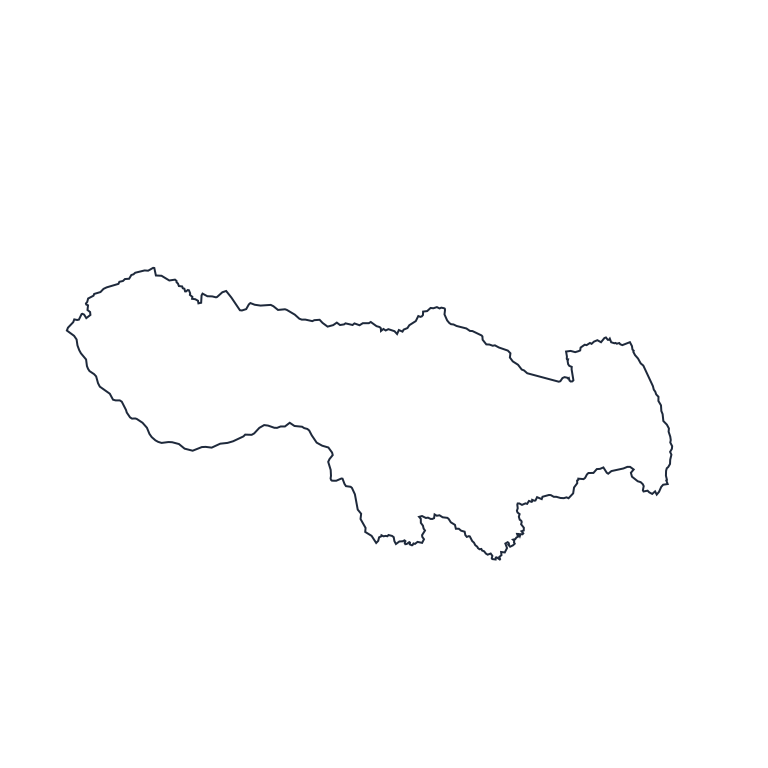 the district of Pauna, Boyacá, Colombia, rotated 310°
{"feature_id": "7082276B32688879052620", "entity_name": "Pauna", "entity_type": "district", "adm_level": 2, "iso_a3": "COL", "parent_name": "Colombia", "parent_adm1": "Boyacá", "projection": "robinson", "projection_center": [-73.985, 5.693], "detail": "fine", "context": "isolated", "style": "outline", "palette": "slate", "viewbox_px": 768, "rotation_deg": 310, "n_neighbors": 0, "source": "geoboundaries", "source_scale": "gbopen_adm2", "svg_char_len": 6166}
<svg xmlns="http://www.w3.org/2000/svg" viewBox="0 0 768 768"><g transform="rotate(310 384 384)"><path d="M519.4,646.2L521.6,644.7L523.2,640.9L525.4,639.7L527.7,637.1L530.4,632.7L533.1,630.8L534.7,626.8L535.2,621.8L540.0,616.8L541.6,613.8L545.7,609.9L547.4,605.1L550.6,602.5L551.0,599.2L552.5,596.7L553.1,594.3L555.2,591.4L564.8,570.8L564.8,567.4L566.8,562.2L567.5,557.7L568.9,554.3L570.0,553.9L570.1,552.2L572.4,549.6L574.1,545.5L567.0,541.6L566.3,539.5L566.6,537.9L564.5,536.4L564.3,535.0L563.3,534.3L562.0,531.2L563.9,527.8L562.4,527.9L561.7,527.0L562.3,524.1L560.9,523.3L555.5,523.4L554.7,519.3L551.4,517.6L548.2,517.2L547.8,515.4L544.0,514.2L543.1,512.5L538.3,511.2L535.8,512.7L534.2,511.9L531.3,510.0L529.3,505.7L525.9,502.6L522.7,506.4L520.8,507.8L520.5,508.4L521.2,509.2L519.5,510.0L517.5,512.4L517.0,514.3L517.8,516.8L515.9,518.2L508.6,526.7L507.1,526.6L505.9,525.4L505.9,523.9L507.4,521.7L506.5,521.4L506.6,520.3L505.3,517.9L503.3,516.9L499.5,517.3L498.1,516.4L484.3,486.8L484.4,482.5L483.6,480.2L484.9,474.3L484.1,468.1L485.2,463.4L488.8,461.1L489.2,457.4L485.8,448.5L484.9,444.1L483.2,442.7L482.0,439.4L480.1,436.9L481.3,431.1L483.7,428.8L483.9,427.5L481.4,417.7L479.9,415.7L479.5,411.4L475.1,402.3L474.3,399.0L472.9,396.9L472.7,394.8L473.3,391.5L476.2,385.6L480.0,383.1L480.8,382.1L480.6,381.2L479.3,378.8L477.6,378.0L476.9,375.1L473.7,373.1L472.2,370.8L467.6,370.2L464.6,367.4L461.9,369.5L460.1,369.5L458.8,368.7L458.1,366.6L452.6,367.9L445.3,365.6L441.9,366.0L438.3,364.1L436.0,364.5L434.9,360.7L430.7,361.9L431.2,358.1L428.8,352.1L426.1,350.9L425.8,348.2L422.7,347.6L424.7,345.7L424.8,344.0L423.5,341.1L423.0,334.0L420.8,333.3L417.0,328.7L413.3,327.5L411.4,322.4L409.0,322.0L405.7,315.5L404.0,315.1L400.9,312.4L400.7,308.4L396.4,307.2L391.7,303.9L391.3,297.7L391.8,293.4L388.1,289.6L386.1,288.7L382.8,282.4L380.5,279.7L379.6,277.2L379.8,271.1L378.3,261.9L377.6,260.1L372.6,255.2L372.5,249.3L371.8,246.4L364.7,239.0L361.6,234.0L360.1,229.6L358.1,229.3L352.8,230.3L349.0,227.9L347.9,226.2L352.1,211.6L353.8,203.3L350.4,201.2L343.4,200.2L342.4,199.6L340.7,196.1L337.7,192.3L336.6,186.9L334.6,187.3L328.7,191.7L326.5,190.0L328.2,188.0L327.6,184.9L325.9,182.2L327.6,181.2L327.5,178.0L328.9,177.2L330.4,174.3L329.9,173.3L327.6,172.8L327.1,172.1L328.7,169.8L328.0,168.3L329.0,166.7L327.2,163.9L328.5,161.6L328.6,159.7L329.6,158.8L329.6,156.8L325.3,153.0L323.9,144.0L320.5,139.5L325.2,133.5L324.6,132.5L319.2,130.5L317.1,127.6L309.3,121.9L307.0,121.6L305.1,120.4L300.8,121.1L297.9,118.1L295.1,117.8L292.2,115.6L290.0,116.2L279.7,109.4L276.6,108.0L272.2,107.7L266.7,104.1L264.9,104.7L259.3,102.4L256.1,103.9L254.1,103.9L253.5,104.8L254.0,106.7L250.1,109.3L250.2,112.6L248.2,114.7L243.1,113.6L244.4,109.7L243.9,107.8L243.2,107.4L237.2,108.9L235.8,107.8L234.4,105.2L231.6,106.2L224.0,105.7L221.1,106.7L221.7,115.6L220.5,119.9L216.5,124.4L214.0,128.8L212.7,132.1L211.3,140.0L206.8,144.9L205.4,147.5L204.6,150.1L205.2,155.6L204.8,158.6L200.8,164.4L199.3,168.0L200.3,180.2L197.8,186.5L198.9,188.9L201.6,192.1L201.9,194.5L198.3,203.0L196.8,205.3L195.2,210.9L195.5,213.2L197.7,215.6L198.3,217.0L199.1,223.9L198.1,230.5L195.0,236.4L194.0,240.2L193.9,245.1L194.5,248.2L195.9,251.5L201.0,256.2L203.2,259.1L206.2,265.5L206.3,272.8L209.9,280.3L218.6,285.0L221.2,287.8L224.5,292.9L233.0,296.9L238.3,302.0L243.1,305.2L253.5,310.0L256.0,310.2L260.0,315.3L262.7,316.3L270.3,316.7L275.5,318.6L277.6,321.9L280.0,328.2L281.7,330.3L285.0,332.1L287.8,335.4L293.7,336.7L294.3,342.4L298.6,348.7L298.9,351.2L300.3,354.2L300.3,356.6L298.2,361.7L295.8,370.1L297.0,376.3L299.6,382.2L298.1,388.3L296.6,390.4L291.5,390.5L288.5,391.3L283.9,398.4L279.6,402.4L277.3,403.8L276.5,405.1L276.5,406.3L279.2,409.6L284.2,412.1L284.8,413.1L282.1,417.9L281.3,420.5L283.8,424.5L283.8,426.2L280.8,432.6L270.9,444.6L269.9,449.9L265.5,452.8L261.9,462.4L258.6,464.7L259.7,472.1L257.2,480.2L260.1,480.4L263.4,478.8L265.6,479.8L266.5,479.3L267.0,481.5L268.7,482.9L269.6,484.5L271.2,484.5L272.8,487.8L272.9,489.9L270.3,493.0L269.1,496.0L273.3,497.0L275.4,499.3L277.4,500.2L277.4,501.4L275.5,502.0L275.0,503.3L276.0,504.2L279.1,505.0L279.2,505.8L277.7,506.8L278.3,508.9L278.8,509.4L280.8,509.1L281.4,510.5L284.6,511.2L286.8,515.3L290.8,514.4L291.5,511.6L292.7,510.3L298.1,509.6L298.7,507.3L300.5,504.9L301.3,501.5L304.4,498.8L304.8,496.3L307.3,498.0L308.3,502.2L309.9,503.6L310.6,506.4L311.6,507.7L313.4,508.6L316.6,506.6L317.0,509.1L319.1,510.9L319.6,514.6L322.2,518.6L322.2,520.3L321.0,524.1L321.7,528.9L319.3,532.1L321.2,534.3L321.2,537.4L322.7,540.7L320.5,543.5L320.1,545.7L322.0,546.8L322.4,547.7L320.4,552.5L320.3,554.9L319.2,557.5L319.3,560.0L318.7,561.4L318.8,563.4L320.2,564.6L319.5,566.2L320.2,568.2L319.6,571.1L319.9,573.1L322.7,574.7L322.0,577.5L319.8,578.5L319.5,579.5L321.3,582.3L322.9,581.2L323.6,581.7L324.0,585.5L324.5,585.5L325.6,583.5L328.4,584.0L330.6,581.7L332.6,584.8L337.4,583.7L339.8,579.5L342.3,580.4L342.4,581.5L341.7,582.7L340.8,582.5L340.4,585.2L343.3,586.5L345.7,586.8L346.3,585.3L347.6,584.6L347.7,582.9L349.6,584.3L351.4,584.1L353.2,584.8L354.7,582.3L355.7,583.6L354.7,585.9L356.7,585.1L357.9,586.7L359.1,586.7L359.6,584.0L361.6,585.2L363.8,583.5L364.7,579.2L366.8,578.2L367.5,577.0L367.3,575.2L369.0,572.6L371.5,571.5L371.4,568.9L372.3,567.3L374.8,566.3L377.2,563.7L378.4,563.2L379.5,564.5L380.1,567.4L383.5,569.1L384.2,570.7L387.6,570.2L388.5,572.7L389.1,573.0L390.5,572.0L391.2,574.1L392.1,574.9L395.7,574.0L397.2,578.8L399.5,577.9L405.0,581.7L406.1,583.2L406.7,586.5L408.4,588.6L410.1,592.4L412.1,595.1L414.5,596.7L415.1,598.8L421.8,599.2L426.9,596.1L432.2,595.8L434.2,594.0L435.5,594.4L436.4,593.7L439.4,598.0L441.4,598.4L445.1,597.6L447.2,597.8L450.5,601.6L455.6,601.7L457.8,604.0L461.1,605.7L459.2,611.7L459.4,613.4L463.5,614.2L473.2,621.7L477.0,623.7L478.7,625.8L479.0,630.2L474.7,630.2L472.4,633.5L472.6,640.9L473.8,643.7L473.6,646.7L472.7,648.6L469.0,650.6L468.5,651.9L471.7,654.5L471.5,656.8L472.2,660.1L476.0,660.7L474.6,664.0L478.2,664.0L483.4,662.5L486.3,662.6L489.7,665.6L491.6,662.2L492.4,662.4L495.0,658.9L498.8,655.9L501.2,654.8L503.1,655.1L506.6,654.5L510.0,651.9L514.6,649.6L515.9,646.8L519.4,646.2Z" fill="none" stroke="#1e293b" stroke-width="2"/></g></svg>